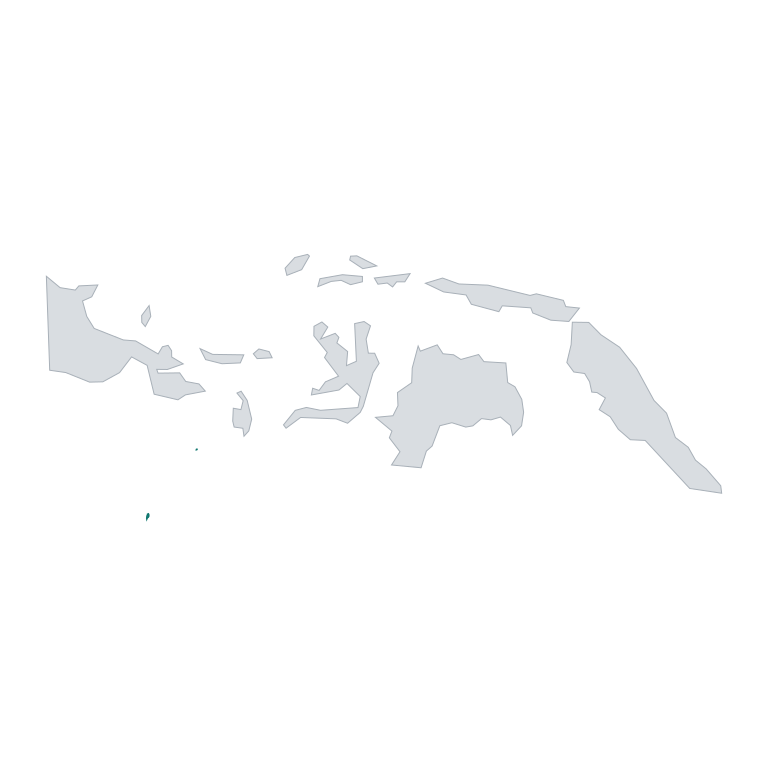 Palau and the surrounding countries, rotated 179°
{"feature_id": "PLW", "entity_name": "Palau", "entity_type": "country or territory", "adm_level": 0, "iso_a3": "PLW", "parent_name": "Oceania", "parent_adm1": "", "projection": "albers", "projection_center": [133.12, 5.367], "detail": "fine", "context": "with_neighbors", "style": "filled", "palette": "teal", "viewbox_px": 768, "rotation_deg": 179, "n_neighbors": 1, "source": "natural_earth", "source_scale": "50m", "svg_char_len": 3143}
<svg xmlns="http://www.w3.org/2000/svg" viewBox="0 0 768 768"><g transform="rotate(179 384 384)"><path d="M718.0,403.6L719.7,497.6L706.2,486.0L691.0,483.3L687.4,487.4L668.4,488.0L674.7,476.3L684.0,472.3L680.0,456.7L672.8,444.6L643.9,432.6L631.6,431.4L609.3,418.0L604.9,425.1L599.2,426.4L595.8,421.0L595.8,414.7L584.4,407.6L600.4,402.3L611.0,402.6L609.7,398.8L588.1,398.7L582.2,390.0L569.0,387.3L562.8,380.0L582.7,376.6L590.3,371.8L614.0,377.8L620.5,406.8L635.9,415.5L648.2,400.0L665.1,391.1L678.3,391.0L702.0,401.0L718.0,403.6ZM479.2,494.3L480.9,501.5L471.0,512.0L458.1,514.9L456.3,513.2L464.3,499.8L479.2,494.3ZM617.5,466.5L616.0,455.7L621.7,445.6L625.1,449.8L625.1,456.7L617.5,466.5ZM377.9,302.9L369.2,316.0L379.6,330.1L376.9,336.8L393.1,350.8L375.6,352.1L370.4,362.0L370.7,375.2L356.3,384.8L355.5,399.4L349.2,421.4L347.1,416.2L330.1,422.2L324.5,413.2L313.9,412.0L306.7,407.2L288.9,411.8L283.7,404.6L261.8,402.9L260.3,383.3L253.1,378.9L246.5,366.2L244.9,353.3L247.2,339.8L256.3,330.4L258.3,340.3L268.1,348.9L277.7,346.3L287.1,347.7L295.9,340.6L303.0,339.5L316.8,344.1L328.9,341.3L337.0,321.1L342.8,316.2L348.4,299.6L377.9,302.9ZM545.6,407.1L561.9,411.5L567.3,422.6L554.8,416.6L523.7,415.6L527.3,407.6L545.6,407.1ZM508.5,421.2L498.3,418.4L495.4,412.2L510.4,411.6L514.1,416.5L508.5,421.2ZM524.9,334.2L525.9,342.2L534.6,343.6L535.9,349.6L535.1,362.4L527.5,360.9L525.1,369.8L531.2,377.5L527.0,379.3L521.1,370.0L516.9,351.2L520.0,339.5L524.9,334.2ZM432.5,350.0L468.0,352.0L482.7,341.5L485.2,344.9L473.2,359.2L462.0,361.9L447.9,358.8L410.4,360.9L408.0,371.9L421.0,385.2L429.1,378.8L456.8,374.3L455.4,381.0L449.0,378.7L442.5,387.2L429.3,392.6L443.0,411.5L440.2,416.5L453.3,433.4L453.0,442.9L445.0,447.1L439.2,441.9L446.6,430.1L431.9,435.5L428.3,431.4L430.4,425.9L419.8,417.1L421.2,403.0L411.2,407.2L412.3,444.9L402.8,446.8L396.5,442.4L401.1,429.2L399.1,415.1L392.8,414.9L388.5,404.8L394.8,395.4L405.1,362.0L408.3,356.0L421.1,345.4L432.5,350.0ZM408.9,512.6L389.2,502.2L403.2,499.7L416.1,508.6L415.2,512.4L408.9,512.6ZM425.0,488.4L435.0,487.5L448.5,482.5L446.2,490.4L423.6,494.0L403.7,491.9L403.8,486.6L415.7,483.9L425.0,488.4ZM379.0,484.9L388.3,483.9L391.8,490.1L356.0,493.9L361.4,485.8L369.6,485.9L373.7,480.9L379.0,484.9ZM234.0,452.4L235.9,457.6L264.4,460.1L267.9,454.3L295.3,462.2L300.4,471.6L322.7,475.0L340.8,484.0L323.6,488.9L307.3,482.7L278.3,481.0L236.4,470.0L230.1,471.5L203.2,464.5L200.9,458.2L187.3,456.5L198.1,443.3L216.1,444.9L234.0,452.4ZM176.4,372.3L178.4,382.6L183.2,391.0L194.0,392.7L200.8,402.3L196.2,420.1L194.6,442.5L178.2,442.0L166.2,429.4L147.7,416.6L131.2,395.1L114.3,362.8L102.0,349.9L93.6,325.4L80.9,315.4L73.9,302.4L63.4,293.5L49.1,276.4L48.3,268.9L80.1,274.2L123.8,323.0L138.7,324.0L150.5,334.6L158.4,347.3L169.3,354.6L162.9,366.2L171.1,371.7L176.4,372.3Z" fill="#d9dde1" stroke="#a8b0b8" stroke-width="1"/><path d="M622.7,258.0L621.8,258.3L621.4,257.2L621.5,255.8L622.1,254.8L622.8,254.5L622.9,254.4L623.5,253.1L623.6,253.8L623.3,256.2L622.8,257.1L622.7,258.0ZM572.6,322.0L572.3,322.0L572.1,322.0L572.1,321.8L572.3,321.6L572.6,321.5L572.8,321.5L572.6,322.0Z" fill="#14b8a6" stroke="#0f766e" stroke-width="1.5"/></g></svg>